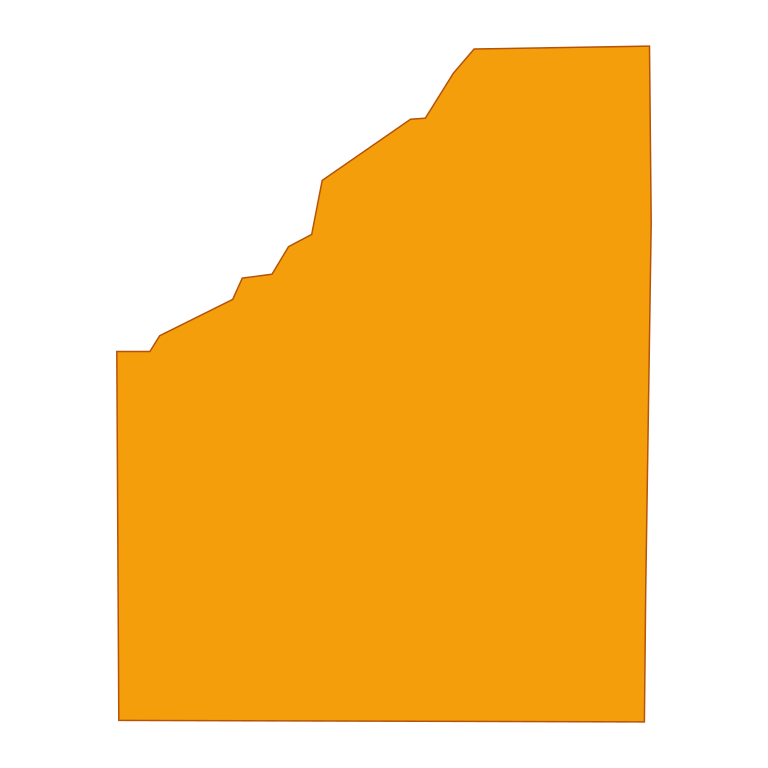 the district of Wood, Ohio, United States of America
{"feature_id": "52423323B2328996184544", "entity_name": "Wood", "entity_type": "district", "adm_level": 2, "iso_a3": "USA", "parent_name": "United States of America", "parent_adm1": "Ohio", "projection": "equal_earth", "projection_center": [-83.653, 41.393], "detail": "fine", "context": "isolated", "style": "filled", "palette": "amber", "viewbox_px": 768, "rotation_deg": 0, "n_neighbors": 0, "source": "geoboundaries", "source_scale": "gbopen_adm2", "svg_char_len": 357}
<svg xmlns="http://www.w3.org/2000/svg" viewBox="0 0 768 768"><path d="M645.7,591.4L651.2,223.4L649.5,46.1L474.1,49.0L453.4,73.2L425.3,118.2L410.6,119.2L322.2,180.4L311.7,234.4L288.6,246.6L272.0,274.2L242.3,278.1L232.7,299.4L159.7,335.7L149.9,351.5L116.8,351.5L118.8,720.4L644.4,721.9L645.7,591.4Z" fill="#f59e0b" stroke="#b45309" stroke-width="1.5"/></svg>